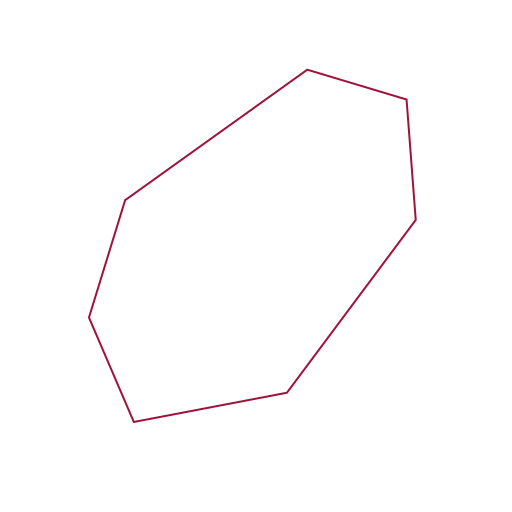 SVG path tracing the border of Kayangel, rotated 16°
{"feature_id": "PLW-5248", "entity_name": "Kayangel", "entity_type": "state/province", "adm_level": 1, "iso_a3": "PLW", "parent_name": "Palau", "parent_adm1": "", "projection": "albers", "projection_center": [134.709, 8.073], "detail": "fine", "context": "isolated", "style": "outline", "palette": "rose", "viewbox_px": 512, "rotation_deg": 16, "n_neighbors": 0, "source": "natural_earth", "source_scale": "10m", "svg_char_len": 258}
<svg xmlns="http://www.w3.org/2000/svg" viewBox="0 0 512 512"><g transform="rotate(16 256 256)"><path d="M253.9,62.8L357.6,64.1L399.6,177.3L323.4,378.9L184.3,449.2L112.4,361.2L114.8,238.4L253.9,62.8Z" fill="none" stroke="#9f1239" stroke-width="2"/></g></svg>